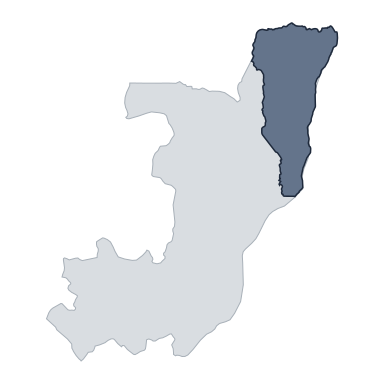 Likouala highlighted on a map of Republic of the Congo
{"feature_id": "COG-2838", "entity_name": "Likouala", "entity_type": "Region", "adm_level": 1, "iso_a3": "COG", "parent_name": "Republic of the Congo", "parent_adm1": "", "projection": "orthographic", "projection_center": [17.352, 1.476], "detail": "fine", "context": "in_parent", "style": "filled", "palette": "slate", "viewbox_px": 384, "rotation_deg": 0, "n_neighbors": 0, "source": "natural_earth", "source_scale": "10m", "svg_char_len": 8214}
<svg xmlns="http://www.w3.org/2000/svg" viewBox="0 0 384 384"><path d="M46.5,318.8L48.8,312.8L50.5,310.1L52.6,308.2L60.9,303.5L62.1,303.7L67.9,309.8L69.8,310.3L71.8,310.1L74.2,310.4L75.4,309.2L75.6,307.6L73.8,305.9L73.6,304.0L74.8,301.9L75.5,299.7L77.2,297.0L77.4,295.7L75.5,294.4L71.6,292.3L68.9,290.2L67.9,288.3L68.6,285.8L70.8,283.8L70.6,282.7L68.7,280.9L67.3,279.0L65.9,277.8L62.0,277.0L62.7,274.4L64.2,270.6L64.5,267.7L63.4,260.0L63.5,258.6L64.5,257.9L66.9,258.7L69.2,259.9L75.6,258.2L77.9,258.0L79.7,259.5L82.3,260.6L97.1,257.5L97.3,254.2L98.2,251.2L98.3,249.0L97.7,247.6L96.9,246.5L96.5,244.3L96.5,241.9L97.9,240.8L102.6,237.9L104.0,238.1L107.4,239.6L110.5,242.0L113.2,247.1L115.1,251.5L118.2,256.9L124.6,259.0L132.3,260.4L136.5,260.1L142.5,255.5L145.8,252.0L146.9,250.1L148.9,251.1L151.1,255.8L152.5,257.6L152.9,259.3L151.9,261.4L152.9,262.8L157.0,263.8L160.7,262.9L162.3,261.0L165.0,258.5L165.0,256.4L163.6,255.1L163.6,253.2L165.1,251.8L166.5,247.8L167.0,244.8L168.4,243.0L171.1,241.7L172.1,240.5L173.6,233.6L172.8,231.1L172.8,229.0L174.5,226.4L174.9,222.0L173.1,204.9L175.8,191.1L175.6,189.4L173.6,187.3L171.3,185.3L165.2,183.7L162.9,181.2L161.1,178.5L159.8,177.6L153.2,176.5L151.7,175.0L152.3,170.6L152.9,164.2L152.7,159.7L153.9,156.0L155.2,153.3L158.1,150.5L159.7,147.1L160.5,146.2L166.1,145.7L168.1,144.3L169.7,142.8L170.4,140.9L172.3,137.7L174.0,135.6L174.2,134.1L173.8,132.1L172.2,128.1L170.1,124.7L168.9,123.5L166.5,115.7L164.2,113.8L159.7,112.8L151.4,111.9L146.4,113.3L138.7,116.0L129.0,118.8L126.8,118.5L125.8,117.3L127.2,116.3L128.0,113.9L127.0,110.5L125.6,107.4L124.7,103.0L125.1,97.5L126.6,92.4L129.7,85.7L129.8,83.0L148.4,83.2L168.4,83.1L176.0,83.3L179.7,81.6L183.2,84.2L184.9,84.8L185.5,84.6L186.8,86.5L191.2,86.3L191.9,86.7L192.2,88.9L196.3,88.8L198.3,89.4L199.9,89.3L202.2,88.0L203.9,88.4L207.0,90.1L209.2,91.5L212.2,91.1L219.3,91.3L224.8,92.7L230.3,96.5L233.9,98.7L237.2,102.0L238.4,101.4L240.1,100.1L240.1,97.4L238.3,92.6L237.6,88.6L238.0,85.3L239.4,82.9L241.7,81.5L242.0,78.9L253.1,57.1L252.7,54.6L253.0,50.8L253.5,46.6L253.4,44.1L254.2,42.4L257.1,32.6L258.6,30.9L261.1,29.8L264.6,29.7L273.8,28.9L282.4,27.3L285.3,26.6L290.7,24.0L292.8,23.9L294.6,24.9L305.0,27.9L307.9,29.0L308.9,28.9L310.5,29.1L312.9,29.2L315.3,28.8L316.8,29.1L318.8,31.1L320.1,30.9L321.7,29.5L324.9,28.0L330.9,26.3L331.9,27.1L334.0,30.7L336.2,32.0L336.7,38.7L331.6,53.5L320.8,73.3L315.4,88.9L315.4,100.3L314.8,107.5L313.0,111.9L308.8,123.7L308.1,133.9L309.7,146.3L308.2,158.1L303.8,169.2L301.9,178.0L303.0,188.5L294.8,197.3L284.5,206.0L277.9,208.5L272.7,211.5L269.0,214.8L265.2,220.6L259.0,233.2L255.9,238.7L251.7,243.3L245.5,249.0L243.2,251.7L242.3,255.7L242.7,262.9L243.3,284.8L240.6,301.6L234.6,313.3L230.0,319.8L225.4,321.8L219.5,323.5L216.6,325.8L214.8,329.0L211.5,331.8L206.6,334.2L200.4,340.2L192.9,349.6L187.8,355.0L185.0,356.4L182.1,356.5L179.2,355.4L176.7,355.2L175.5,355.8L173.5,354.4L173.5,352.3L173.2,348.7L171.7,344.9L174.9,339.7L174.7,338.5L173.1,336.6L171.4,333.9L169.7,334.1L166.3,336.1L162.7,337.8L159.3,338.4L155.3,341.0L153.0,341.0L151.7,340.0L148.9,339.0L147.4,339.4L146.6,339.8L145.9,346.2L145.4,348.9L144.4,350.2L140.3,351.5L137.4,353.4L135.0,354.6L133.5,354.3L127.4,349.5L124.2,345.6L122.3,345.5L121.7,346.8L120.8,346.2L117.8,343.6L114.3,339.4L113.0,338.8L111.1,338.9L108.0,340.4L105.0,342.7L99.6,344.9L95.1,346.1L94.7,347.6L93.7,350.2L92.2,351.8L88.2,352.3L86.8,354.5L83.4,359.0L81.1,361.0L80.5,360.1L79.1,359.0L76.2,355.6L73.4,351.3L72.6,349.4L71.9,348.3L71.7,344.0L67.4,338.9L56.8,329.8L55.6,327.1L46.5,318.8Z" fill="#d9dde1" stroke="#a8b0b8" stroke-width="1"/><path d="M336.8,32.0L337.2,33.1L337.5,38.0L337.0,43.6L336.7,44.5L336.6,44.9L336.3,45.6L335.7,46.1L334.4,46.8L333.6,47.3L333.1,48.0L331.8,51.9L331.2,52.8L331.0,53.2L330.9,54.1L330.7,54.5L330.0,55.5L329.1,57.5L328.9,58.0L328.8,59.0L327.8,61.7L324.9,66.7L324.7,67.0L324.3,67.2L322.1,69.3L321.6,69.9L321.3,70.5L320.9,72.8L320.6,73.6L320.3,74.3L319.9,75.0L319.3,76.4L318.9,76.9L318.3,77.1L318.1,77.5L317.2,78.7L316.9,79.1L315.4,83.2L315.4,83.8L315.6,85.0L315.7,86.2L315.5,89.9L315.7,91.7L315.7,92.3L315.6,93.0L315.2,94.2L315.1,94.9L315.4,106.1L315.3,106.9L313.0,111.9L312.8,112.7L312.7,114.1L311.3,118.4L311.1,120.9L310.9,121.6L309.3,124.3L308.4,125.3L307.6,126.8L307.4,127.7L307.8,130.4L307.8,133.4L309.0,138.4L309.0,139.5L308.4,142.5L308.4,143.6L308.7,144.5L309.4,146.4L310.0,146.7L310.4,147.3L310.6,148.1L310.7,148.7L310.5,152.5L310.2,153.1L306.9,157.8L303.8,166.2L303.1,167.5L301.6,174.8L301.4,175.8L301.5,176.7L302.5,180.6L302.8,187.5L302.5,187.9L302.0,188.7L299.5,191.0L299.3,191.3L299.1,191.6L299.1,192.1L299.0,192.3L298.9,192.4L298.4,192.8L297.9,193.3L297.1,193.9L294.9,196.6L294.4,196.3L284.6,196.2L283.9,196.1L283.5,195.9L283.1,195.5L283.0,194.8L283.0,194.5L282.8,194.5L282.5,194.2L282.2,194.0L281.8,193.9L281.6,192.5L281.6,192.1L282.1,191.3L282.0,190.8L281.5,189.2L281.5,188.9L282.3,187.2L282.4,186.3L282.1,185.6L281.6,185.0L280.8,184.5L280.0,184.4L279.6,185.2L279.1,184.3L279.4,183.3L280.7,181.4L280.0,180.9L279.2,180.7L278.9,180.4L280.3,178.7L280.3,178.4L279.7,178.3L279.6,178.0L279.7,175.0L279.9,174.5L280.5,174.3L281.0,173.9L280.9,173.0L280.4,171.6L280.2,170.9L280.2,168.3L280.0,167.5L279.4,165.7L279.4,164.9L279.6,164.4L280.0,164.2L280.4,164.0L280.8,163.7L281.1,163.3L281.2,163.0L281.0,162.6L280.9,161.7L280.4,160.8L280.4,160.4L280.6,160.0L280.9,160.0L281.2,160.1L281.5,159.9L281.6,159.5L281.6,159.2L280.6,157.2L277.8,153.2L277.3,152.6L275.6,151.9L262.7,135.1L262.3,134.4L262.0,133.8L261.8,132.7L261.8,128.8L261.9,128.3L262.1,128.0L262.6,127.5L262.9,127.2L263.2,127.0L264.1,126.6L264.6,126.2L264.9,126.0L265.1,125.7L265.2,125.4L265.3,125.1L265.3,123.1L265.4,122.5L265.6,122.1L265.8,121.8L265.9,121.2L265.8,120.5L264.9,117.1L264.6,116.6L264.3,116.3L264.0,116.0L263.8,115.7L263.6,115.1L262.7,112.8L262.6,112.3L262.7,111.7L262.8,111.3L262.8,110.9L262.7,110.6L262.1,110.2L262.0,109.9L262.1,109.5L262.2,109.2L262.4,108.9L263.0,108.2L263.2,107.9L263.3,107.6L263.3,107.2L262.8,103.9L262.4,103.0L262.3,102.6L262.4,102.1L262.7,101.5L264.2,97.3L264.3,97.0L264.3,96.5L264.0,95.7L263.5,93.7L263.4,93.4L263.4,93.1L263.6,92.3L263.4,90.7L263.2,89.8L262.9,87.4L262.9,86.8L263.0,86.1L263.1,85.8L263.3,85.5L263.5,85.3L264.1,85.1L264.3,84.9L264.4,84.7L264.4,84.4L264.3,83.6L263.9,83.1L263.5,81.9L263.4,80.0L263.7,77.5L263.6,76.3L263.6,75.3L263.6,74.9L263.4,74.3L261.5,71.0L261.3,70.7L261.0,70.4L260.3,70.0L258.9,69.5L258.6,69.5L258.3,69.6L257.4,70.0L257.1,70.0L256.9,70.0L256.7,69.9L256.6,69.7L256.6,68.6L256.5,68.3L256.3,67.9L254.9,66.4L254.6,66.1L254.3,65.9L254.2,65.9L253.9,65.7L253.7,65.3L253.6,64.6L253.6,64.2L253.8,63.9L253.9,63.5L253.8,63.2L253.5,62.6L253.1,61.9L252.0,61.4L251.5,61.2L252.4,59.3L253.5,56.9L253.7,56.0L253.3,55.3L252.8,54.7L252.3,53.9L252.2,52.2L253.7,49.3L254.0,47.9L253.7,47.1L253.3,46.3L252.9,45.4L253.0,44.5L253.4,43.6L254.8,41.7L255.0,40.9L255.0,39.9L256.0,37.5L256.3,34.2L257.0,32.5L258.1,31.1L259.7,30.0L261.6,29.5L262.5,29.4L263.2,29.5L266.4,30.3L267.2,30.2L268.0,29.9L268.1,29.5L268.0,29.1L268.0,28.8L268.6,28.7L269.0,28.8L269.7,29.1L270.0,29.2L271.1,29.0L271.5,29.1L271.9,29.3L272.2,29.6L272.5,29.8L273.0,29.7L273.3,29.6L273.8,29.7L274.1,29.6L274.4,29.5L274.8,29.1L275.1,28.9L275.8,28.6L276.1,28.6L277.2,28.6L277.7,28.5L278.7,28.1L279.3,28.0L280.8,28.0L281.4,28.0L282.0,27.7L282.4,27.3L282.7,26.9L283.2,26.4L283.8,26.2L284.3,26.3L285.3,26.6L286.7,26.5L287.5,25.8L288.3,24.8L289.8,24.0L290.3,23.7L290.9,23.3L291.5,23.0L292.4,23.2L292.6,23.4L292.7,23.9L292.9,24.0L293.5,24.1L295.1,25.4L296.5,26.0L298.1,26.2L301.2,26.2L301.5,26.2L301.9,26.0L302.2,26.0L302.4,26.1L302.8,26.5L303.1,26.7L303.4,26.7L304.2,26.5L304.5,26.6L305.1,26.9L305.6,27.5L306.0,28.2L306.1,29.0L306.4,29.6L307.0,29.7L307.7,29.5L309.2,28.7L309.4,28.6L309.6,28.7L311.0,29.5L311.3,29.7L311.8,29.6L313.0,29.0L314.4,28.7L315.7,28.7L317.0,29.1L317.7,29.8L318.2,31.3L318.7,31.9L319.6,32.0L320.4,31.6L321.1,31.0L321.5,30.3L321.7,29.9L321.9,28.7L322.2,28.2L322.5,28.1L322.8,28.2L323.2,28.2L326.3,28.0L326.6,28.0L327.0,28.2L327.3,28.2L327.6,27.6L327.7,27.4L328.2,27.3L328.8,27.4L329.2,27.2L329.9,26.5L330.3,26.0L330.8,26.0L331.8,26.8L332.4,27.5L334.0,30.1L334.7,31.5L335.1,32.0L336.8,32.0Z" fill="#64748b" stroke="#1e293b" stroke-width="1.5"/></svg>